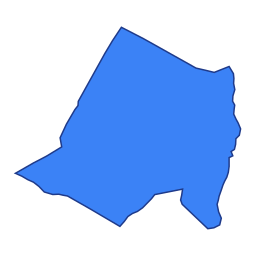 outline of Pedrão, Bahia, Brazil
{"feature_id": "56859067B19486192876927", "entity_name": "Pedrão", "entity_type": "district", "adm_level": 2, "iso_a3": "BRA", "parent_name": "Brazil", "parent_adm1": "Bahia", "projection": "mercator", "projection_center": [-38.628, -12.125], "detail": "fine", "context": "isolated", "style": "filled", "palette": "blue", "viewbox_px": 256, "rotation_deg": 0, "n_neighbors": 0, "source": "geoboundaries", "source_scale": "gbopen_adm2", "svg_char_len": 1010}
<svg xmlns="http://www.w3.org/2000/svg" viewBox="0 0 256 256"><path d="M229.1,66.5L214.2,72.4L205.6,70.3L196.0,68.1L143.7,38.8L121.4,27.3L112.5,40.7L104.9,53.4L78.3,101.3L78.0,105.6L74.9,109.6L66.4,124.2L60.1,137.8L61.7,146.9L46.4,156.2L39.2,160.0L33.9,162.7L15.4,173.3L21.9,176.2L27.7,179.6L33.5,182.2L38.9,186.4L44.3,192.0L52.8,194.5L58.8,194.2L63.0,195.2L67.5,196.0L90.5,209.1L119.9,226.4L124.4,221.3L127.9,216.5L132.4,213.5L137.5,211.4L142.6,207.8L147.0,203.3L151.5,198.7L154.7,194.6L182.6,189.1L181.7,195.1L180.6,200.0L182.2,204.3L207.8,228.7L213.9,227.8L219.7,224.9L221.3,218.2L218.6,211.8L217.1,204.3L218.3,200.2L219.1,196.2L221.3,190.0L223.0,184.9L224.7,181.1L226.8,177.2L228.3,172.4L229.1,166.4L229.1,162.2L229.1,157.6L232.8,155.8L231.1,151.5L234.4,149.4L235.6,144.4L235.9,138.7L239.3,135.3L240.6,128.9L238.2,123.1L235.9,118.9L233.7,114.1L234.1,109.6L234.7,105.1L232.6,101.2L232.9,96.0L234.8,89.6L233.6,83.4L233.9,78.5L233.4,73.6L229.1,66.5Z" fill="#3b82f6" stroke="#1e3a8a" stroke-width="1.5"/></svg>